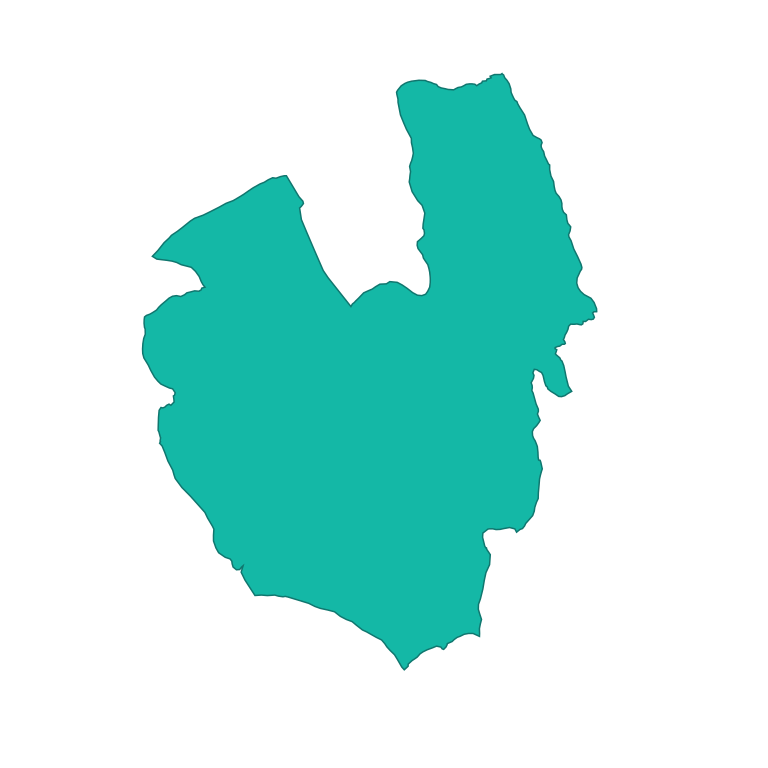 Kasulu Township Authority, Kigoma, United Republic of Tanzania, rotated 160°
{"feature_id": "72390352B60593007856017", "entity_name": "Kasulu Township Authority", "entity_type": "district", "adm_level": 2, "iso_a3": "TZA", "parent_name": "United Republic of Tanzania", "parent_adm1": "Kigoma", "projection": "robinson", "projection_center": [30.062, -4.582], "detail": "fine", "context": "isolated", "style": "filled", "palette": "teal", "viewbox_px": 768, "rotation_deg": 160, "n_neighbors": 0, "source": "geoboundaries", "source_scale": "gbopen_adm2", "svg_char_len": 6123}
<svg xmlns="http://www.w3.org/2000/svg" viewBox="0 0 768 768"><g transform="rotate(160 384 384)"><path d="M167.0,635.3L168.5,634.9L172.6,636.4L174.4,637.0L178.2,636.9L179.0,636.9L178.6,635.1L180.7,635.1L182.9,635.3L184.1,633.9L186.1,634.4L187.9,634.9L189.2,633.6L192.3,633.3L194.8,632.6L196.1,634.6L198.8,636.0L201.1,636.8L204.3,637.5L206.9,637.0L209.7,636.7L213.0,637.3L215.7,637.0L217.9,636.6L223.1,638.9L225.6,640.6L228.9,642.6L231.4,644.9L232.2,647.5L234.7,649.3L236.7,651.3L239.8,653.5L241.4,655.1L247.4,657.5L254.5,659.1L258.6,659.5L261.6,659.3L265.9,658.3L270.7,655.4L272.4,653.9L272.9,651.4L273.4,647.0L274.5,643.8L276.5,631.2L276.2,622.7L275.8,615.7L274.3,605.5L275.7,601.3L276.3,596.5L277.5,590.8L279.5,587.5L281.7,584.3L283.4,582.5L285.5,579.7L286.4,574.5L288.2,571.2L289.6,568.2L291.2,565.2L291.8,555.1L289.6,544.7L287.1,538.9L287.2,530.6L289.9,525.6L292.5,520.9L294.2,517.0L293.7,515.1L294.4,511.8L295.7,509.7L298.9,508.2L301.7,507.1L303.9,506.3L305.4,503.0L305.7,499.6L303.5,492.2L303.9,488.9L303.0,485.1L302.0,481.2L302.3,477.1L302.8,473.5L304.0,468.7L304.7,466.5L305.9,463.4L307.9,459.4L311.3,456.1L314.2,454.1L318.2,454.1L322.2,456.0L325.8,460.0L329.5,465.9L333.1,470.9L336.8,475.0L343.5,478.2L347.5,477.3L353.7,479.2L358.6,478.3L362.6,477.2L366.8,477.0L371.9,476.6L378.6,473.3L382.2,471.7L384.1,470.7L386.3,470.0L388.6,468.1L400.2,503.0L402.3,511.4L403.7,534.0L404.4,546.8L404.7,552.0L405.4,566.8L403.1,578.3L401.1,579.1L398.0,581.1L397.7,583.5L399.9,589.1L404.5,613.1L406.6,613.8L410.4,614.3L415.1,614.3L418.1,615.9L422.9,615.5L427.6,614.5L432.0,614.4L439.9,613.1L444.8,611.9L451.1,610.2L456.5,609.1L463.0,607.9L470.6,607.8L478.1,606.6L488.7,605.3L496.2,604.5L505.3,604.5L510.1,603.4L520.0,600.0L526.0,598.1L532.9,596.4L535.9,594.7L542.3,592.0L550.9,586.7L558.0,583.2L554.8,579.1L551.1,577.2L545.9,574.6L541.2,572.0L537.2,569.1L533.8,565.5L525.2,559.6L522.6,554.3L520.9,548.2L520.7,542.7L520.1,539.1L519.1,536.2L522.5,536.4L523.6,535.0L526.2,534.5L530.1,536.3L534.6,536.7L538.1,537.1L540.8,536.1L545.0,535.7L548.8,538.0L552.7,538.8L556.7,538.2L560.5,536.7L566.3,534.6L569.5,533.1L572.4,531.3L576.7,530.3L580.1,529.7L583.8,529.7L586.1,528.9L587.4,526.4L588.7,523.1L589.7,519.1L589.6,517.5L591.3,512.4L594.2,509.0L596.8,504.3L598.9,499.5L600.3,495.1L600.7,490.5L599.6,485.2L599.0,482.1L598.5,476.4L597.3,469.0L595.5,464.0L593.7,460.3L590.6,457.1L587.0,453.6L584.3,451.8L583.2,447.2L584.7,445.1L586.0,444.8L586.7,441.4L587.4,438.9L589.5,437.9L591.6,436.9L592.9,438.6L595.5,438.3L598.0,437.2L600.1,437.2L601.6,438.2L604.3,436.2L607.3,429.8L610.5,421.8L612.1,417.7L611.9,416.0L612.4,410.4L612.3,409.9L614.0,406.8L613.8,406.2L615.1,405.1L613.7,401.6L613.4,394.6L613.4,385.5L612.0,375.4L612.4,370.4L612.5,366.6L609.3,355.8L604.3,344.9L596.2,324.6L595.6,318.4L593.9,309.4L593.5,305.8L596.0,300.1L597.9,294.8L598.0,287.5L597.1,282.0L592.5,275.5L588.5,272.3L587.6,269.6L588.2,266.9L588.4,263.6L586.2,259.9L583.0,259.0L580.5,260.7L578.6,261.4L582.6,256.0L581.7,247.3L577.6,229.4L571.4,227.6L566.0,225.1L558.8,223.0L555.8,220.8L551.7,218.6L549.4,218.2L546.8,216.5L546.7,216.4L529.7,203.6L525.0,198.6L520.4,194.8L514.2,190.9L508.4,186.9L504.5,180.6L500.0,175.7L495.2,171.6L492.5,166.9L488.4,160.3L485.0,156.9L477.9,148.6L473.8,144.3L472.1,139.8L471.2,136.0L469.4,131.6L468.2,129.1L466.7,126.0L465.6,120.6L464.8,116.0L464.1,111.9L462.7,108.5L462.2,108.7L457.9,110.5L457.1,112.5L452.2,114.5L448.4,115.4L446.2,116.0L442.4,118.1L438.9,119.0L434.3,119.5L428.7,119.5L424.3,119.7L420.6,117.4L419.9,115.2L418.7,114.2L415.6,115.7L413.9,117.4L413.3,118.4L408.1,118.7L405.4,119.9L401.8,120.9L398.8,120.9L394.2,121.4L390.0,120.7L385.6,119.1L380.6,114.2L379.5,116.9L378.0,121.5L375.6,125.5L372.9,129.4L372.7,135.7L372.4,140.1L370.6,144.6L366.9,149.1L361.2,157.6L356.8,165.4L352.7,171.9L346.6,178.1L342.5,187.3L344.0,193.4L343.8,194.9L344.3,195.0L344.8,197.0L343.8,206.2L342.1,210.1L336.0,212.1L334.6,211.9L331.3,210.7L328.5,208.9L324.7,207.7L321.0,207.2L315.1,206.2L310.6,203.1L310.1,199.4L309.8,199.5L306.0,200.8L303.3,200.8L300.5,202.5L298.5,204.5L295.7,206.0L292.6,207.7L289.3,209.5L286.3,213.1L284.5,216.5L281.2,220.7L278.3,223.6L276.2,228.9L273.0,235.7L270.3,241.6L268.1,245.0L265.8,248.2L264.3,250.1L263.4,256.9L263.4,258.9L264.7,259.7L264.2,262.5L262.7,267.2L261.3,272.8L261.3,275.7L261.4,278.9L262.0,281.8L262.0,284.8L260.9,288.5L258.6,290.9L254.9,292.6L251.5,294.9L249.7,296.4L250.0,299.8L250.1,303.3L248.3,305.5L247.6,307.6L247.9,313.4L247.3,320.9L247.0,324.5L247.3,327.3L245.9,329.8L245.3,332.0L245.3,334.8L241.6,338.2L240.1,340.8L240.3,343.5L237.8,346.4L235.4,345.1L233.9,343.0L232.0,340.9L231.6,337.6L232.4,331.3L232.5,326.9L231.6,325.4L231.7,323.3L229.7,320.0L226.5,316.0L224.1,312.6L221.5,311.4L218.1,311.2L214.7,312.1L210.1,312.9L211.5,318.9L210.5,328.5L209.7,333.3L208.8,339.8L208.9,344.7L209.7,346.1L209.8,348.3L212.2,352.6L212.6,353.7L211.3,355.3L209.9,357.1L211.2,358.7L210.7,359.7L208.2,359.9L205.9,359.5L203.0,360.4L201.0,359.7L199.8,360.0L199.6,361.7L200.2,364.4L198.7,365.9L197.2,368.0L194.5,370.3L192.4,372.5L190.8,375.1L188.2,376.4L184.9,375.1L182.1,374.4L179.7,372.8L178.3,372.1L176.6,372.5L175.4,374.7L173.2,373.8L169.7,374.9L167.2,373.6L165.1,373.4L163.5,374.7L163.5,377.8L163.7,379.4L162.1,380.1L159.5,379.2L159.4,379.2L158.5,382.1L158.7,388.8L160.2,393.8L165.4,399.6L167.6,403.8L168.5,407.3L168.5,407.5L168.7,408.2L168.4,412.9L166.2,417.6L163.1,420.7L161.1,422.8L159.1,424.2L158.2,425.8L157.9,429.3L158.5,437.5L159.5,446.0L159.2,454.6L159.9,459.0L159.5,461.2L156.8,464.2L154.8,467.8L155.6,470.3L156.3,472.0L156.0,475.7L154.8,480.6L156.5,483.9L156.7,487.2L156.1,490.1L155.1,492.8L154.7,496.4L155.4,500.2L157.0,504.4L157.1,507.5L156.5,511.5L155.4,516.3L156.0,522.3L155.0,528.8L153.4,533.2L154.2,534.5L154.7,539.9L155.1,543.2L154.5,547.8L155.1,550.3L155.2,552.9L154.6,554.8L152.9,556.7L152.9,559.5L154.0,561.2L156.1,563.3L158.9,566.6L160.1,573.6L160.2,579.1L159.9,588.8L161.8,597.2L162.5,601.4L162.5,603.9L164.0,606.0L164.4,608.6L164.7,612.2L164.8,614.6L163.9,618.0L163.7,623.4L164.6,627.4L165.8,630.5L165.9,633.5L167.0,635.1L167.0,635.3Z" fill="#14b8a6" stroke="#0f766e" stroke-width="1.5"/></g></svg>